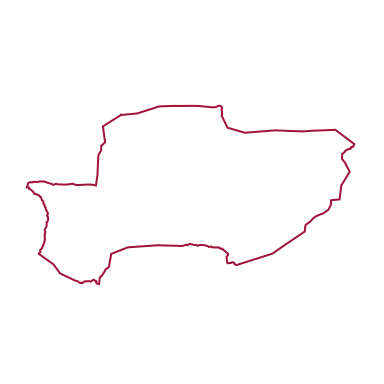 outline of Baruunturuun, Uvs, Mongolia, rotated 357°
{"feature_id": "93677404B97554473591332", "entity_name": "Baruunturuun", "entity_type": "district", "adm_level": 2, "iso_a3": "MNG", "parent_name": "Mongolia", "parent_adm1": "Uvs", "projection": "natural_earth1", "projection_center": [94.759, 49.795], "detail": "fine", "context": "isolated", "style": "outline", "palette": "rose", "viewbox_px": 384, "rotation_deg": 357, "n_neighbors": 0, "source": "geoboundaries", "source_scale": "gbopen_adm2", "svg_char_len": 5841}
<svg xmlns="http://www.w3.org/2000/svg" viewBox="0 0 384 384"><g transform="rotate(357 192 192)"><path d="M356.6,152.7L338.4,137.4L327.3,137.3L321.1,137.2L317.1,137.1L305.9,137.3L294.5,136.3L292.2,136.1L284.8,135.4L281.5,135.1L278.7,134.8L270.5,135.0L265.6,135.1L248.0,135.6L230.9,129.7L228.3,123.7L227.9,122.8L226.7,119.7L226.1,118.7L226.1,118.3L225.9,118.1L225.9,117.6L225.6,117.2L225.9,116.5L226.2,116.1L226.1,115.7L226.2,115.3L226.0,114.9L226.3,114.3L226.2,113.8L226.0,112.6L226.0,112.3L226.1,112.0L226.1,111.7L225.9,111.4L225.9,110.9L226.0,110.4L226.2,110.0L226.3,109.7L226.3,109.2L226.1,108.6L226.0,108.2L223.7,107.2L222.9,107.3L221.2,108.1L219.0,108.6L216.3,108.4L205.3,106.8L202.9,106.5L200.5,106.2L186.4,105.5L182.1,105.3L175.8,105.0L163.8,104.8L160.9,105.5L158.5,106.2L141.3,110.7L126.9,111.3L125.5,111.4L125.5,111.2L125.3,111.1L125.2,111.3L106.5,121.8L107.8,137.8L103.7,141.4L103.5,145.6L100.4,150.5L98.4,170.5L96.4,180.5L92.5,179.4L88.8,179.1L83.9,179.1L83.2,179.1L78.5,179.0L77.5,179.0L76.6,178.8L75.9,178.7L75.1,178.3L73.6,177.5L67.5,178.0L65.5,178.0L60.5,177.5L59.1,177.5L57.5,177.0L55.7,176.9L54.3,177.6L53.4,177.5L52.3,176.5L49.4,175.7L45.1,173.8L40.5,173.5L38.1,174.0L36.7,173.7L34.9,173.6L33.8,173.5L32.8,174.2L31.0,173.7L29.0,174.3L27.4,178.8L27.9,178.7L28.5,178.7L29.4,179.0L29.6,179.1L29.5,180.2L29.6,180.3L30.9,181.0L32.1,182.2L32.9,182.8L33.3,183.0L33.4,183.3L33.4,183.6L33.4,183.8L33.5,183.9L33.8,184.2L34.2,185.3L34.4,185.5L34.7,185.6L35.2,185.5L35.4,185.6L35.6,185.9L35.8,186.0L36.2,186.1L36.5,186.2L37.2,186.6L37.7,186.6L38.0,186.7L38.5,187.2L38.8,187.4L39.3,187.6L39.5,187.8L39.6,188.5L39.9,188.6L40.4,188.8L40.8,189.1L41.0,189.6L41.1,190.3L41.3,190.8L41.5,191.1L41.6,191.4L41.6,192.3L41.9,192.5L42.3,192.8L42.7,193.4L43.0,193.8L43.1,194.3L43.2,194.9L43.1,195.6L43.1,195.8L43.2,196.1L43.6,196.6L43.9,196.9L44.1,197.3L44.0,198.1L44.1,198.4L44.3,198.7L44.6,199.2L44.6,199.6L44.8,199.9L45.1,200.3L45.1,200.7L45.0,201.5L45.1,201.8L45.6,202.3L46.1,204.1L46.5,204.4L46.7,204.7L46.7,205.6L46.8,205.9L47.0,206.1L46.8,206.6L46.5,207.0L46.1,207.9L46.0,208.1L46.0,208.3L46.6,208.9L46.9,209.6L46.8,210.7L47.1,211.7L46.6,212.8L46.4,213.3L46.3,213.5L46.0,214.0L45.2,214.6L45.2,215.7L45.2,216.7L45.1,217.4L44.9,218.8L44.5,219.4L43.9,220.3L43.5,221.0L43.1,221.6L42.9,221.9L42.9,222.4L43.1,222.8L43.4,224.1L43.4,224.6L43.2,224.8L43.1,225.2L43.2,225.5L42.6,226.3L42.5,227.1L42.6,227.6L42.8,227.9L42.4,228.8L42.4,229.1L42.7,230.5L42.7,231.5L42.3,232.4L42.2,233.5L42.1,233.9L42.0,234.3L41.9,234.5L41.7,234.8L41.4,235.5L40.9,236.6L40.8,236.8L40.8,237.0L40.8,237.4L40.8,237.5L40.6,237.8L40.1,238.3L39.9,238.5L39.9,239.1L39.7,239.4L39.4,239.8L39.3,240.0L39.2,240.5L38.9,240.9L38.5,241.1L38.1,241.3L37.7,241.5L37.4,242.2L37.4,242.6L37.5,243.5L37.5,243.8L37.4,244.0L37.2,244.2L36.8,244.4L36.3,244.8L35.7,245.7L49.9,257.0L55.9,266.3L70.4,274.2L72.0,274.7L73.0,275.1L75.0,276.5L75.1,276.8L75.4,277.0L75.7,277.1L76.5,276.8L76.8,276.9L77.2,277.2L77.7,277.3L78.0,277.1L78.3,276.7L78.5,276.6L78.9,276.5L79.2,276.3L79.7,275.9L80.2,275.6L80.7,275.7L81.4,275.7L81.9,275.8L82.6,275.5L83.1,275.7L83.6,275.7L84.3,275.6L84.9,275.7L85.4,275.9L85.7,276.1L86.0,276.2L86.3,276.2L86.7,276.0L87.6,275.2L88.3,274.9L88.8,274.6L89.2,274.5L89.5,274.5L90.0,275.0L90.8,275.6L91.9,276.2L91.9,276.6L91.8,276.9L91.6,277.2L91.5,277.4L91.6,277.6L91.9,278.0L92.2,278.4L92.8,278.6L93.2,278.8L94.4,279.2L95.4,272.7L96.1,272.1L97.7,270.6L99.0,269.0L99.6,268.2L101.2,265.7L101.6,264.8L102.2,264.3L103.8,263.6L104.6,262.9L105.2,262.0L108.1,249.6L125.0,243.9L155.2,243.4L179.5,245.4L180.0,245.2L181.1,245.0L181.6,244.9L182.0,244.7L182.6,244.5L183.4,244.4L183.6,244.7L184.0,244.9L184.3,244.9L184.6,244.8L184.8,244.5L184.9,244.4L185.5,244.4L185.8,244.4L186.1,244.1L186.4,243.8L186.7,243.7L187.8,244.0L188.3,244.2L188.9,244.2L189.6,244.4L190.7,244.8L192.1,245.1L192.6,245.2L193.4,245.2L193.6,245.4L194.1,245.7L195.1,245.8L195.5,245.9L195.9,245.6L196.3,245.5L196.9,245.4L197.7,245.4L198.2,245.4L198.9,245.4L199.4,245.5L200.2,245.6L201.0,245.7L201.6,245.8L203.1,246.3L203.8,246.4L204.4,246.6L205.0,247.0L205.8,247.7L206.3,247.8L207.2,247.7L208.1,247.4L208.3,247.4L208.6,247.6L209.0,248.0L209.4,248.3L209.7,248.4L210.3,248.4L211.3,248.5L212.1,248.6L212.9,248.7L213.3,248.8L213.5,248.7L213.8,248.7L214.4,248.6L214.9,248.7L215.6,248.6L215.8,248.9L216.0,249.1L216.3,249.2L216.6,249.1L216.7,249.3L216.7,249.5L216.8,249.6L217.4,250.0L217.9,250.2L218.5,250.3L219.2,250.1L219.5,250.5L219.6,250.8L219.9,251.0L220.0,251.4L220.2,251.5L220.5,251.7L221.0,252.0L222.4,253.4L223.2,254.1L223.8,254.7L224.6,255.4L224.9,255.8L224.9,256.3L224.5,257.0L223.6,257.9L223.2,258.3L223.2,258.7L223.2,259.2L223.1,259.7L223.3,262.4L223.4,264.3L223.7,264.8L224.1,265.0L224.6,265.1L225.2,265.0L226.3,264.8L227.0,264.9L227.3,264.9L227.6,264.7L228.0,264.5L229.0,264.4L229.6,264.4L230.3,264.8L230.5,265.4L230.6,265.9L230.8,266.4L232.6,267.3L269.3,257.7L281.7,249.9L302.5,237.4L303.0,235.3L303.1,232.8L303.5,231.9L303.7,231.1L304.1,230.6L305.2,229.9L308.5,227.8L309.6,226.8L310.0,226.2L311.1,225.1L312.3,224.1L314.2,222.9L316.9,221.9L318.3,221.3L322.0,220.2L322.6,219.8L324.4,218.6L326.2,217.7L327.3,216.8L329.3,213.4L330.3,211.0L330.4,207.5L339.0,207.1L341.4,193.4L350.5,180.1L349.8,178.3L348.1,174.7L347.9,174.2L347.4,173.4L347.3,172.9L347.0,172.1L346.7,171.3L344.1,167.6L343.7,166.9L343.6,166.3L343.7,164.6L343.9,162.9L344.0,161.8L344.7,161.4L345.2,161.1L346.0,160.5L346.2,160.2L346.6,160.0L346.8,159.8L346.9,159.5L347.0,159.2L347.4,158.8L347.6,158.6L348.1,158.3L348.7,158.1L349.6,157.8L350.1,157.4L350.4,157.3L350.7,157.3L351.3,157.3L351.8,157.3L352.3,157.3L352.6,157.2L352.7,156.9L352.7,156.6L352.8,155.7L353.2,155.5L353.4,155.5L354.3,155.5L354.8,155.5L355.1,155.4L355.4,154.7L355.5,154.4L355.9,154.1L356.1,153.9L356.2,153.6L356.4,153.2L356.6,152.7Z" fill="none" stroke="#9f1239" stroke-width="2"/></g></svg>